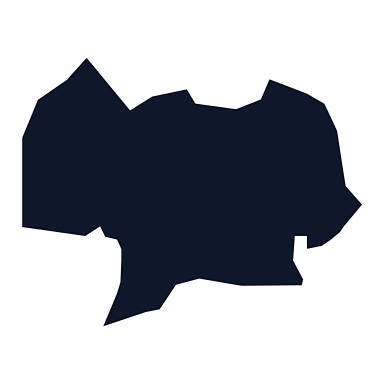 Busanjin-gu, Busan, South Korea
{"feature_id": "91817680B32751924176777", "entity_name": "Busanjin-gu", "entity_type": "district", "adm_level": 2, "iso_a3": "KOR", "parent_name": "South Korea", "parent_adm1": "Busan", "projection": "mercator", "projection_center": [129.046, 35.154], "detail": "fine", "context": "isolated", "style": "filled", "palette": "ink", "viewbox_px": 384, "rotation_deg": 0, "n_neighbors": 0, "source": "geoboundaries", "source_scale": "gbopen_adm2", "svg_char_len": 692}
<svg xmlns="http://www.w3.org/2000/svg" viewBox="0 0 384 384"><path d="M86.6,59.0L67.3,80.5L38.5,100.4L23.0,137.9L23.0,186.6L23.0,226.2L23.0,226.4L85.0,235.2L100.4,225.3L105.8,236.1L117.6,238.9L122.1,248.8L122.1,260.6L121.2,282.3L117.6,294.1L108.5,315.8L104.6,325.0L145.6,311.3L159.2,308.6L175.5,284.1L199.1,277.8L230.8,283.2L241.6,285.0L301.1,284.5L302.3,279.6L292.3,260.6L294.1,235.2L307.7,235.2L307.7,247.9L321.3,245.2L329.4,239.8L339.4,231.6L343.0,226.2L361.0,204.6L344.9,186.4L340.7,159.5L336.4,131.2L327.9,112.8L323.7,104.3L306.7,94.4L269.9,80.3L261.4,100.1L236.0,110.0L194.9,104.3L186.4,90.2L152.5,97.3L129.9,111.4L86.6,59.0Z" fill="#0f172a" stroke="#020617" stroke-width="1.5"/></svg>